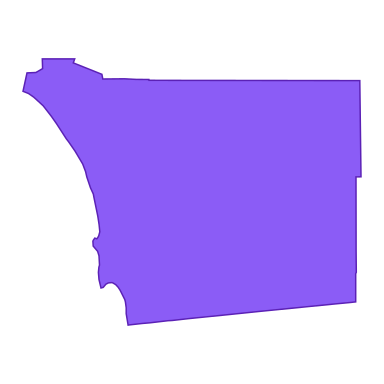 San Diego, California, United States of America (Natural Earth projection)
{"feature_id": "52423323B47648516235098", "entity_name": "San Diego", "entity_type": "district", "adm_level": 2, "iso_a3": "USA", "parent_name": "United States of America", "parent_adm1": "California", "projection": "natural_earth1", "projection_center": [-117.088, 33.02], "detail": "fine", "context": "isolated", "style": "filled", "palette": "violet", "viewbox_px": 384, "rotation_deg": 0, "n_neighbors": 0, "source": "geoboundaries", "source_scale": "gbopen_adm2", "svg_char_len": 1111}
<svg xmlns="http://www.w3.org/2000/svg" viewBox="0 0 384 384"><path d="M23.0,91.3L28.5,93.5L33.8,97.2L43.2,105.8L51.2,116.1L56.6,123.8L66.3,138.8L68.6,141.8L75.1,151.2L82.7,164.0L85.6,171.7L86.8,176.9L90.5,187.9L93.3,194.0L93.9,197.2L97.8,216.2L99.1,224.7L99.8,231.8L99.6,232.6L98.7,235.9L97.7,237.7L96.8,238.8L94.8,238.1L93.2,240.4L92.9,241.3L93.2,246.1L97.6,251.3L99.0,255.8L99.5,265.1L98.9,267.1L98.4,272.4L99.0,279.6L101.0,288.0L103.2,287.4L105.9,284.2L108.4,282.9L112.0,282.6L112.8,282.9L115.7,284.6L118.2,287.3L120.2,290.4L124.8,299.6L125.4,301.9L126.2,307.8L126.2,310.9L126.2,313.7L127.1,319.1L128.1,325.1L129.4,324.9L141.9,323.5L150.1,322.8L168.0,320.7L172.0,320.5L187.9,318.7L188.8,318.6L239.3,313.5L258.6,311.5L332.3,304.2L351.3,302.4L353.6,302.1L355.7,301.9L355.7,273.7L356.3,272.3L356.1,251.1L356.0,176.9L361.0,176.8L359.8,80.6L353.7,80.6L195.6,80.4L188.3,80.4L187.2,80.4L149.0,80.3L148.9,79.5L136.1,79.4L124.4,78.8L102.8,79.0L101.9,74.3L100.1,73.6L98.1,72.8L84.1,67.2L73.3,62.9L74.7,58.9L42.3,58.9L42.6,68.6L35.9,72.5L27.0,72.9L23.0,91.3Z" fill="#8b5cf6" stroke="#5b21b6" stroke-width="1.5"/></svg>